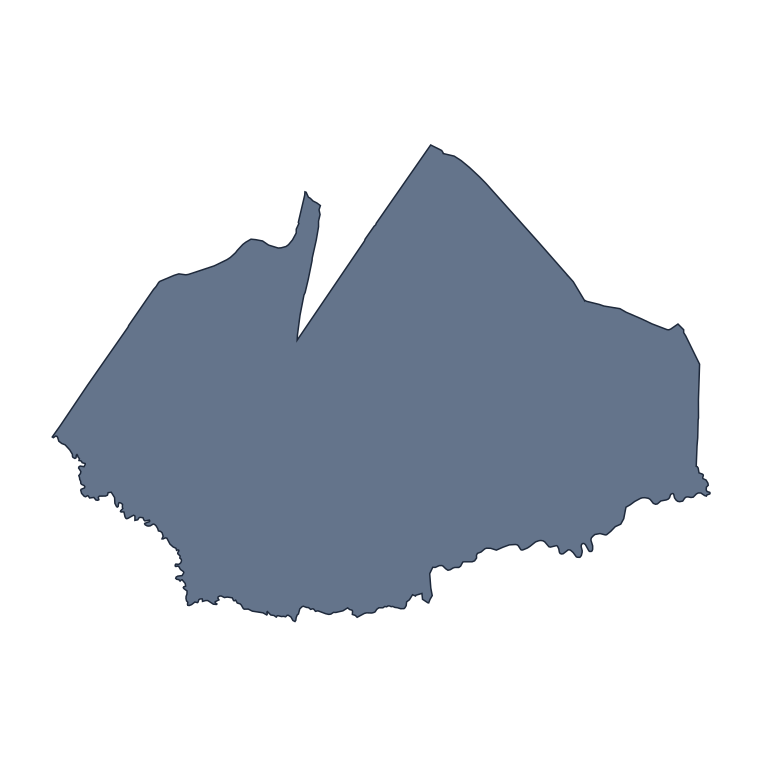 Alfredo Baquerizo Moreno, Guayas, Ecuador (Mercator projection), rotated 182°
{"feature_id": "8360857B37279599451859", "entity_name": "Alfredo Baquerizo Moreno", "entity_type": "district", "adm_level": 2, "iso_a3": "ECU", "parent_name": "Ecuador", "parent_adm1": "Guayas", "projection": "mercator", "projection_center": [-79.533, -1.955], "detail": "fine", "context": "isolated", "style": "filled", "palette": "slate", "viewbox_px": 768, "rotation_deg": 182, "n_neighbors": 0, "source": "geoboundaries", "source_scale": "gbopen_adm2", "svg_char_len": 6119}
<svg xmlns="http://www.w3.org/2000/svg" viewBox="0 0 768 768"><g transform="rotate(182 384 384)"><path d="M713.7,319.5L712.6,318.8L710.3,320.5L709.1,320.3L708.3,319.2L707.0,315.5L704.0,313.3L700.6,312.1L695.7,307.1L693.0,302.9L692.8,300.8L692.3,299.8L690.3,298.8L689.2,299.5L689.0,302.2L688.4,302.8L687.8,302.1L687.2,300.3L685.8,298.8L686.2,296.9L684.6,296.7L683.6,296.1L682.9,294.8L679.9,294.1L679.8,293.2L680.9,290.9L684.7,291.4L685.9,290.7L686.3,289.4L683.9,286.0L684.2,284.0L685.8,281.8L685.0,279.7L684.8,278.1L683.8,276.2L683.5,274.0L682.7,273.1L680.1,272.0L679.4,270.9L679.7,269.7L683.0,268.2L683.4,267.3L682.4,264.1L679.7,261.3L678.3,260.9L676.3,262.1L675.8,261.9L674.2,259.8L670.0,260.5L667.9,258.0L666.0,257.8L664.9,258.4L665.6,260.8L664.6,262.0L658.4,262.3L656.5,263.2L655.9,265.8L652.8,266.3L649.3,261.1L648.8,255.4L647.0,252.1L646.2,251.7L645.4,252.3L645.1,255.1L644.6,256.2L643.1,256.0L641.1,254.6L641.2,251.8L640.7,250.4L642.7,248.2L642.9,247.3L642.2,246.9L640.3,247.1L639.4,246.9L638.2,242.2L637.2,240.7L636.4,240.4L635.2,240.8L629.8,244.1L628.7,243.7L628.3,243.2L628.2,239.0L625.4,239.7L624.0,241.9L623.2,242.2L620.3,242.0L619.2,239.7L618.2,238.8L613.7,239.8L613.3,238.9L613.7,238.2L618.2,236.4L618.4,235.9L617.7,234.9L615.7,233.9L614.2,233.8L612.6,234.1L609.9,235.9L609.0,235.9L608.1,235.4L607.0,234.5L605.2,231.8L604.3,229.3L602.2,228.9L600.6,227.6L599.4,224.2L600.5,221.5L599.5,221.4L597.2,222.6L595.6,222.3L592.3,216.5L589.1,213.8L586.2,212.6L585.5,210.5L584.3,211.0L583.4,210.8L583.2,210.0L584.1,208.7L584.2,207.2L581.7,204.9L582.0,202.9L580.5,201.7L580.2,200.2L580.8,198.4L581.8,197.3L583.0,196.6L585.7,196.8L586.2,196.2L586.4,194.9L585.6,194.3L584.0,194.8L582.7,194.4L580.9,191.5L577.9,189.5L577.5,188.4L579.1,185.5L583.4,184.8L585.0,183.8L585.4,182.5L584.4,181.6L582.2,181.3L580.9,179.9L579.6,181.2L578.9,181.3L575.7,177.7L575.2,175.0L577.1,174.3L577.5,173.4L576.7,172.4L573.6,170.3L573.6,167.2L574.4,164.8L574.4,162.7L573.8,160.4L572.5,159.1L572.7,157.0L572.4,156.0L571.0,155.8L568.6,156.8L565.4,159.5L562.8,159.0L562.2,159.6L561.5,162.0L560.3,162.7L558.9,162.9L558.1,162.8L557.8,160.4L554.5,161.4L552.5,161.4L546.9,158.0L543.8,157.8L543.3,158.3L545.1,159.6L545.1,160.5L541.4,162.5L542.6,164.3L542.2,165.6L540.6,166.4L539.1,166.4L536.0,165.0L533.2,165.6L528.2,165.0L526.8,162.3L526.1,162.1L524.7,162.8L523.0,160.0L520.0,159.2L518.9,158.1L516.9,154.8L515.9,154.1L511.8,154.3L507.7,152.4L497.0,151.1L493.1,149.1L492.6,150.0L493.1,151.9L492.6,152.5L489.1,149.2L485.8,148.8L483.8,147.4L483.4,147.3L482.7,148.6L481.9,148.8L478.4,148.0L476.4,148.3L474.2,147.9L472.7,149.5L471.5,149.5L468.9,147.9L466.8,144.5L464.7,143.5L463.9,144.7L463.6,147.6L462.7,150.1L461.5,151.2L460.3,156.3L458.1,158.6L456.9,159.1L453.6,158.0L451.6,157.9L449.5,156.2L447.2,156.9L446.1,156.3L444.6,154.4L442.1,155.0L434.3,152.4L431.1,151.8L429.0,152.2L426.5,154.0L424.1,154.0L417.1,155.9L412.5,159.0L410.5,157.4L408.2,156.9L407.5,155.9L407.6,152.6L404.6,151.7L402.7,149.9L395.5,154.1L393.3,154.7L388.2,154.7L386.2,155.3L384.9,156.0L383.4,158.5L381.3,160.2L377.3,160.3L375.4,161.7L373.6,161.4L372.1,162.4L370.7,162.4L369.1,161.7L367.5,162.0L365.3,161.1L362.8,160.9L359.6,160.0L356.2,160.2L355.3,161.0L354.1,163.2L353.8,167.0L351.1,169.2L348.1,174.4L345.1,173.2L344.8,174.0L338.8,176.0L338.0,170.2L332.6,166.9L331.7,166.8L330.5,170.3L328.4,174.2L330.1,181.7L331.7,196.0L328.9,202.5L326.3,202.5L322.5,204.4L319.8,204.6L318.7,204.1L315.9,201.5L313.6,200.1L311.3,200.7L308.6,202.5L306.9,203.1L302.8,203.3L301.1,204.6L299.1,208.7L298.1,209.1L289.7,209.4L287.3,210.4L285.4,213.3L285.6,216.1L284.7,218.0L281.1,219.5L277.5,222.8L275.8,223.5L271.6,223.5L265.9,221.9L259.5,225.0L253.1,227.6L247.0,228.2L245.2,227.9L244.2,227.1L241.5,223.2L240.6,222.9L239.5,223.0L234.9,225.1L232.5,226.8L227.0,231.5L223.7,232.8L221.8,233.1L219.5,232.8L217.8,231.8L213.5,227.1L212.0,226.8L206.0,228.5L205.0,228.0L203.6,225.4L202.9,222.1L202.1,220.8L200.7,220.3L199.0,220.6L194.1,224.7L192.9,224.7L191.8,224.4L189.1,222.2L185.8,218.0L184.8,217.6L182.2,217.6L180.8,219.4L180.1,222.7L180.1,224.3L181.2,228.1L181.2,229.7L180.8,230.8L179.6,231.6L178.4,231.5L177.1,230.5L173.4,224.3L172.4,223.8L171.1,223.9L170.2,224.5L169.7,226.1L169.8,229.5L171.8,235.3L171.4,237.4L170.2,238.9L168.1,240.9L162.9,242.1L157.6,240.9L156.3,241.1L152.2,244.7L147.9,249.5L142.5,252.2L139.7,257.7L137.9,269.3L133.7,271.9L129.3,275.4L123.6,278.7L121.8,279.3L119.3,279.5L115.8,279.0L113.9,277.9L110.7,274.1L108.4,273.3L106.6,273.7L103.2,276.8L97.8,278.0L95.9,278.9L94.7,280.3L93.7,283.6L92.1,284.6L91.2,284.5L90.6,283.8L89.7,280.4L88.1,278.2L86.4,277.0L84.4,276.7L81.4,277.4L79.5,280.4L78.2,281.5L76.4,281.8L73.3,281.3L71.0,281.7L67.9,285.1L66.0,286.1L63.5,286.1L59.7,283.7L57.9,283.2L57.4,284.4L54.6,285.5L54.3,286.4L54.7,287.1L57.3,287.8L58.3,289.4L58.2,292.2L56.4,294.1L56.8,296.2L58.8,299.3L62.0,300.6L62.2,301.8L61.7,303.5L61.8,304.3L62.5,305.0L66.1,306.2L67.1,311.0L68.1,312.3L69.1,312.6L69.0,333.1L68.6,341.1L68.8,359.1L68.5,361.0L69.2,379.0L69.3,414.8L84.1,442.5L86.3,445.8L86.4,448.7L92.3,454.2L99.4,448.9L101.3,448.1L103.0,448.2L118.4,453.5L128.5,457.9L144.6,464.2L150.8,467.5L167.0,469.6L171.5,471.0L184.4,473.7L186.4,474.7L186.5,474.4L198.4,492.8L204.2,498.9L205.1,498.6L204.4,499.1L233.3,529.8L289.0,587.9L295.4,594.0L305.8,603.1L314.6,609.9L321.8,614.2L332.9,616.4L333.0,617.2L334.5,619.4L345.7,624.5L397.4,544.3L397.8,542.8L399.4,541.3L407.9,528.2L408.5,526.2L472.3,424.8L472.2,430.1L470.3,449.9L467.1,470.1L466.0,472.7L463.3,486.2L460.2,504.7L460.1,507.4L456.7,525.6L454.9,538.9L455.1,544.5L453.8,551.1L455.0,555.8L453.8,560.1L457.4,562.6L461.3,564.4L464.1,567.0L466.1,568.1L468.5,572.9L469.7,573.3L469.8,570.2L475.3,542.5L474.7,541.4L477.1,535.7L477.0,531.8L480.5,524.8L484.3,519.9L486.7,518.0L491.6,516.5L494.5,516.2L504.2,518.8L510.3,522.7L517.4,523.8L522.0,524.1L527.1,520.9L530.0,518.5L535.3,512.4L536.9,510.1L542.0,505.1L545.4,502.7L557.9,496.1L583.3,486.7L585.9,486.2L592.9,486.9L597.5,485.3L611.5,478.8L612.7,477.7L615.2,473.4L617.6,470.5L641.2,433.6L641.8,431.9L680.1,372.7L706.0,331.2L713.7,319.5Z" fill="#64748b" stroke="#1e293b" stroke-width="1.5"/></g></svg>